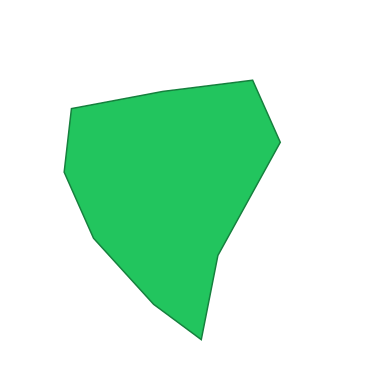 Buada, Equal Earth projection, rotated 330°
{"feature_id": "NRU-4970", "entity_name": "Buada", "entity_type": "state/province", "adm_level": 1, "iso_a3": "NRU", "parent_name": "Nauru", "parent_adm1": "", "projection": "equal_earth", "projection_center": [166.925, -0.53], "detail": "fine", "context": "isolated", "style": "filled", "palette": "green", "viewbox_px": 384, "rotation_deg": 330, "n_neighbors": 0, "source": "natural_earth", "source_scale": "10m", "svg_char_len": 287}
<svg xmlns="http://www.w3.org/2000/svg" viewBox="0 0 384 384"><g transform="rotate(330 192 192)"><path d="M300.4,125.5L293.3,193.1L182.7,259.9L126.2,324.5L102.6,270.1L83.6,182.8L91.2,110.9L129.3,59.5L217.0,90.3L300.4,125.5Z" fill="#22c55e" stroke="#15803d" stroke-width="1.5"/></g></svg>